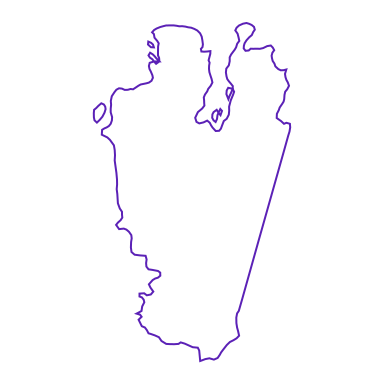 Curuçá, Pará, Brazil
{"feature_id": "56859067B29190348828298", "entity_name": "Curuçá", "entity_type": "district", "adm_level": 2, "iso_a3": "BRA", "parent_name": "Brazil", "parent_adm1": "Pará", "projection": "albers", "projection_center": [-47.873, -0.754], "detail": "fine", "context": "isolated", "style": "outline", "palette": "violet", "viewbox_px": 384, "rotation_deg": 0, "n_neighbors": 0, "source": "geoboundaries", "source_scale": "gbopen_adm2", "svg_char_len": 4110}
<svg xmlns="http://www.w3.org/2000/svg" viewBox="0 0 384 384"><path d="M154.0,61.5L149.7,62.8L148.9,66.0L149.5,69.0L150.8,71.5L152.4,75.3L152.9,77.8L151.5,80.8L148.9,82.6L146.4,83.3L140.6,84.5L138.3,85.8L135.8,87.5L133.1,89.3L130.5,89.0L127.8,89.8L124.7,89.9L121.9,88.6L119.0,88.3L116.4,89.7L114.5,92.1L111.8,96.2L110.8,101.0L111.1,104.8L110.7,108.8L110.7,112.3L112.1,117.1L111.9,120.4L110.7,123.8L108.9,126.0L106.7,127.4L104.4,128.4L102.1,129.8L101.8,134.7L107.3,137.4L109.9,139.8L113.9,145.3L114.7,150.0L115.0,155.2L114.7,160.5L116.4,172.8L117.0,179.5L117.1,184.4L116.7,189.2L117.3,193.9L117.9,203.3L119.8,208.5L122.0,211.8L122.0,214.6L122.3,217.6L120.6,220.2L117.9,222.6L116.1,224.9L119.1,229.1L123.8,228.6L126.4,229.6L128.9,231.7L131.3,235.1L131.7,238.3L131.1,242.0L130.9,247.5L131.5,252.0L134.6,254.7L140.0,255.4L145.6,255.8L146.6,259.4L146.1,263.1L146.4,266.6L148.5,269.3L152.4,269.9L158.1,271.0L160.2,272.6L160.3,275.7L157.9,277.7L155.2,278.5L152.6,280.1L148.9,284.3L150.4,287.5L153.3,291.6L150.8,294.5L146.8,295.3L144.2,293.3L139.5,293.6L139.5,296.5L141.9,297.4L143.7,299.7L144.3,302.3L142.2,306.4L141.5,311.0L139.1,312.3L136.6,313.6L140.1,314.7L141.6,316.8L138.6,319.7L141.8,326.2L144.9,327.5L146.9,330.2L148.5,333.3L150.9,334.0L154.9,335.4L158.9,337.2L161.5,341.0L166.2,343.9L169.6,344.1L174.2,344.2L178.5,343.9L180.7,342.4L184.7,343.6L192.7,347.2L197.8,347.7L199.2,350.5L200.2,361.0L205.3,359.1L209.4,358.3L213.9,359.6L217.6,358.0L219.8,354.8L221.1,352.4L222.9,350.0L226.8,345.0L229.9,342.0L233.5,340.2L236.6,338.3L239.1,335.7L238.0,330.8L237.1,327.6L236.4,323.1L236.3,317.6L237.1,313.4L238.8,310.9L242.3,298.7L244.6,290.5L258.9,239.6L271.4,195.4L282.7,155.4L284.0,150.8L288.3,135.4L289.5,131.6L290.2,127.4L289.9,123.8L286.4,122.8L284.0,123.8L281.1,121.1L276.7,118.0L276.9,113.8L278.8,110.1L279.7,107.5L282.3,103.7L283.6,101.6L284.2,99.2L284.5,94.9L285.2,91.7L287.2,89.3L289.0,85.8L287.8,82.4L286.4,79.9L285.5,77.2L285.0,73.9L286.3,69.5L283.5,70.2L280.8,70.3L278.3,69.1L275.4,66.4L274.4,63.5L272.7,61.0L272.0,58.3L271.6,55.7L272.4,52.7L274.2,50.2L272.8,47.6L270.8,45.5L267.2,46.1L263.1,48.1L259.9,48.8L255.9,48.7L253.4,48.8L250.7,48.7L248.7,50.5L245.5,50.8L243.7,48.4L243.9,45.7L244.6,43.3L246.5,40.3L249.2,37.3L251.8,35.1L253.2,32.0L254.8,29.7L254.0,26.9L251.7,25.0L249.1,23.8L246.5,23.0L243.0,23.7L239.0,25.5L236.6,27.7L235.3,30.4L237.6,33.7L238.6,37.6L239.3,40.9L237.2,43.7L236.1,47.3L234.7,49.7L232.8,52.2L231.1,54.5L229.7,57.3L229.7,61.2L228.8,65.4L226.3,68.6L225.9,72.4L226.5,76.3L227.3,79.1L228.8,81.2L231.0,83.8L232.8,86.1L232.7,88.8L234.1,91.8L233.1,94.7L230.7,100.5L229.1,106.7L229.2,110.7L228.8,114.7L226.7,118.8L223.8,121.0L222.0,125.7L220.9,128.7L219.1,130.8L215.7,131.0L212.5,127.5L211.0,125.2L209.8,122.8L207.2,120.6L203.5,122.4L199.3,123.4L196.5,121.9L195.2,117.8L197.9,112.1L202.2,108.5L204.4,105.6L204.2,103.1L204.1,100.4L203.8,97.4L205.0,94.5L207.2,91.4L208.2,88.9L210.7,85.8L212.4,82.5L211.6,79.0L210.5,75.7L209.4,72.2L209.0,68.9L209.1,65.7L209.6,62.7L208.6,60.3L209.3,57.6L210.3,53.8L210.4,51.1L207.2,51.5L204.1,51.7L201.4,51.5L200.9,48.9L202.5,47.1L202.9,44.4L202.4,40.5L201.7,36.6L200.1,33.3L197.3,30.5L194.3,28.9L191.2,27.7L188.2,27.3L185.4,26.6L182.2,26.2L179.3,26.3L176.8,25.8L173.7,25.4L169.5,25.4L166.0,25.5L163.6,26.1L160.3,27.0L156.6,28.5L154.1,30.0L152.1,32.3L153.9,34.1L154.5,37.7L157.2,40.9L158.7,43.3L158.1,46.4L158.0,51.1L158.0,55.4L159.1,58.0L159.4,61.4L156.1,63.8L154.0,61.5ZM99.7,119.9L102.4,116.7L104.5,112.7L105.6,109.1L105.2,106.6L103.9,104.5L101.3,103.3L98.3,105.9L96.2,108.1L94.1,109.8L93.8,113.1L93.9,117.4L94.5,120.3L96.9,122.6L99.7,119.9ZM218.5,112.8L216.7,109.8L213.6,112.1L212.4,114.4L212.2,117.8L213.6,120.4L215.6,122.0L217.0,119.0L217.5,115.1L218.5,112.8ZM159.4,61.4L156.4,58.4L154.6,56.2L152.8,54.4L150.1,52.7L148.5,55.4L149.9,57.6L152.4,59.3L154.0,61.5L159.4,61.4ZM232.7,88.8L228.2,87.8L226.7,90.5L226.4,94.1L228.4,99.2L229.6,95.8L230.8,93.4L232.7,88.8ZM153.0,44.6L151.2,42.9L148.3,41.6L148.0,44.5L150.9,47.2L153.9,47.4L153.0,44.6ZM218.5,112.8L220.5,115.2L222.0,110.9L220.3,109.0L218.5,112.8Z" fill="none" stroke="#5b21b6" stroke-width="2"/></svg>